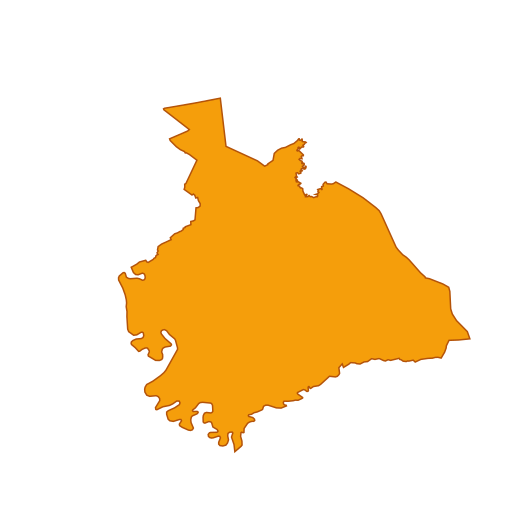 outline of Kamalasai, Kalasin, Thailand, rotated 64°
{"feature_id": "78962969B55465518750669", "entity_name": "Kamalasai", "entity_type": "district", "adm_level": 2, "iso_a3": "THA", "parent_name": "Thailand", "parent_adm1": "Kalasin", "projection": "natural_earth1", "projection_center": [103.585, 16.288], "detail": "fine", "context": "isolated", "style": "filled", "palette": "amber", "viewbox_px": 512, "rotation_deg": 64, "n_neighbors": 0, "source": "geoboundaries", "source_scale": "gbopen_adm2", "svg_char_len": 6162}
<svg xmlns="http://www.w3.org/2000/svg" viewBox="0 0 512 512"><g transform="rotate(64 256 256)"><path d="M422.6,360.8L420.5,352.8L419.8,351.4L416.2,349.8L411.3,348.9L408.2,346.9L408.1,346.0L409.2,345.1L409.3,344.2L405.8,342.3L402.7,336.9L402.4,334.6L402.8,332.2L403.6,330.5L403.3,329.3L402.0,328.9L399.8,329.7L397.0,332.9L396.1,332.9L395.5,332.1L396.3,329.4L396.0,326.5L396.7,323.2L396.9,318.2L396.7,317.3L394.4,315.1L394.3,312.7L395.4,310.5L401.4,304.3L403.7,300.1L404.1,294.4L403.4,294.3L402.3,295.7L401.1,296.1L399.5,295.6L398.8,294.4L400.7,290.7L402.4,285.9L402.8,283.8L404.1,281.4L404.2,277.5L404.1,276.4L403.6,276.1L398.4,279.0L397.4,279.0L396.9,278.5L396.8,272.0L397.9,270.7L399.9,269.8L400.4,268.7L400.0,267.9L397.0,266.8L396.4,266.1L396.6,265.6L398.5,265.4L399.0,265.0L398.5,261.6L400.0,256.6L399.7,254.2L396.3,242.7L399.5,237.6L399.8,235.7L399.0,233.5L398.1,232.3L392.7,230.5L390.8,225.8L394.5,226.2L393.9,219.9L393.3,217.7L395.6,213.7L397.0,212.6L398.7,209.8L398.6,205.3L399.8,202.0L399.0,197.1L401.1,194.4L401.9,191.0L402.5,189.9L405.9,187.2L407.1,185.7L407.1,182.8L408.8,180.8L410.7,172.2L412.0,172.1L412.9,171.0L415.0,169.9L416.7,167.3L416.8,165.8L417.5,164.6L418.5,160.4L421.1,159.4L421.2,153.1L423.4,146.3L425.2,142.1L425.7,139.4L426.8,136.9L428.9,134.3L425.1,128.6L422.0,125.4L420.2,124.3L416.4,119.5L420.3,110.7L424.2,100.1L416.6,99.2L402.0,104.1L394.2,105.0L388.9,104.2L372.8,97.3L368.6,96.5L363.2,100.2L352.4,110.1L349.9,113.4L348.8,113.2L343.2,115.5L326.5,120.1L323.1,121.4L319.2,123.6L313.0,125.5L309.4,126.2L273.1,125.1L269.4,125.4L265.0,127.1L250.5,134.3L236.1,143.4L224.5,151.8L224.9,154.8L224.5,156.5L222.2,160.5L220.2,160.7L219.9,161.6L221.0,164.3L222.6,164.8L222.4,166.6L225.1,167.5L225.0,167.9L223.8,168.0L223.3,171.4L224.3,171.3L225.4,172.2L226.4,171.6L227.1,173.1L226.8,175.4L228.0,173.8L229.1,174.2L229.6,175.1L229.1,175.9L228.8,178.6L226.9,180.0L226.5,181.2L224.9,181.8L225.4,183.4L224.4,185.6L223.8,185.3L223.6,183.9L223.0,183.3L222.6,183.8L222.9,184.9L222.5,185.5L218.3,185.4L215.9,184.5L214.6,185.4L214.4,186.1L213.6,186.4L212.4,186.2L211.2,187.4L210.5,186.6L210.7,184.4L210.3,183.8L207.6,185.6L207.5,186.6L207.0,187.2L205.7,186.9L206.5,186.1L206.1,185.6L202.5,186.5L202.3,186.0L203.2,185.0L203.1,184.3L201.7,184.8L201.0,184.1L199.6,184.0L199.0,183.5L199.4,182.1L200.9,181.6L201.2,179.4L200.8,179.1L199.1,179.2L199.0,178.7L199.8,177.6L199.6,177.1L198.5,177.9L197.5,177.0L197.6,176.4L199.3,174.1L199.1,173.1L197.9,171.9L197.3,171.8L196.9,172.3L198.1,173.4L198.2,174.2L196.3,175.1L195.7,175.0L195.7,174.0L195.0,172.6L193.9,172.2L193.4,172.6L193.5,173.6L193.1,174.2L192.4,174.1L192.1,173.3L191.0,173.1L189.5,174.4L188.0,174.9L187.6,173.7L188.7,172.0L186.3,171.6L186.1,170.9L186.6,169.5L185.9,169.1L180.1,171.2L179.7,172.8L179.1,173.0L178.7,172.7L178.1,171.2L177.1,170.8L176.8,170.2L177.4,169.4L178.9,170.0L178.9,169.2L178.1,167.4L178.8,165.5L178.4,165.1L177.0,165.3L176.8,163.7L176.0,162.4L176.0,161.2L175.3,161.4L173.4,164.2L171.2,163.3L171.0,163.6L171.5,165.1L171.3,165.8L170.6,166.2L169.6,165.8L169.4,166.3L170.4,168.2L171.5,172.6L171.2,175.9L171.3,181.9L170.3,185.7L170.4,190.1L171.8,194.6L177.5,198.8L178.4,205.0L179.0,205.3L179.1,208.8L171.1,213.0L144.3,234.9L98.5,218.9L91.6,244.4L83.1,273.5L83.2,274.6L84.2,274.7L113.1,260.5L113.7,262.6L112.8,282.3L114.6,282.5L122.8,279.7L127.2,277.4L130.8,274.5L132.4,274.4L132.6,273.5L135.5,271.4L144.0,267.1L160.2,287.3L160.2,288.6L162.9,289.8L164.6,291.4L173.1,286.8L172.9,285.1L174.6,284.4L177.5,284.7L177.8,282.8L181.0,283.5L184.5,283.2L186.6,284.3L187.1,286.8L186.4,288.8L196.8,295.0L197.0,296.8L196.4,299.5L199.3,300.8L198.7,306.8L199.3,307.1L199.2,309.3L200.3,309.7L200.9,312.8L200.6,313.6L200.8,316.4L200.4,319.3L202.0,325.0L204.1,325.1L203.9,335.6L204.6,339.8L207.4,341.9L208.6,341.7L209.8,343.6L211.7,343.4L211.6,344.7L212.0,345.9L213.4,347.0L213.3,348.5L214.0,349.9L214.5,355.8L213.5,356.7L211.5,357.0L210.3,363.4L211.1,366.9L211.4,373.1L217.2,373.4L219.9,372.3L221.2,370.2L221.6,365.6L222.9,364.4L224.6,364.3L226.6,364.9L227.8,365.8L228.4,367.1L228.1,368.6L225.4,370.7L223.8,372.7L221.3,379.0L220.2,380.5L218.2,381.8L214.2,381.1L213.0,381.8L212.8,383.0L214.0,387.6L215.3,389.1L217.4,390.0L226.4,389.8L233.6,390.6L238.6,391.8L241.5,392.9L244.7,394.9L249.4,396.3L253.9,398.6L265.5,403.4L268.2,403.6L273.6,400.7L274.6,397.7L274.2,392.6L274.7,391.5L275.6,391.0L278.4,391.8L279.8,393.3L279.9,395.3L278.1,400.1L278.0,403.7L278.6,405.7L279.7,406.5L281.0,406.7L285.5,404.7L290.3,403.3L290.6,402.2L290.0,399.4L290.1,396.1L290.7,394.5L291.3,393.9L294.5,393.5L295.6,394.1L297.4,396.3L298.8,396.6L305.8,392.0L307.6,388.5L307.7,386.1L307.0,384.9L305.6,384.0L303.6,383.1L300.9,382.9L298.6,381.0L298.0,379.6L298.0,377.4L299.5,372.4L298.8,370.9L297.7,370.8L290.2,374.0L284.6,375.2L282.9,375.0L281.7,373.7L281.6,372.2L282.0,370.6L283.9,369.1L288.6,368.2L294.8,365.4L296.4,365.3L304.2,366.8L305.5,367.4L319.1,386.9L320.5,389.9L321.7,394.3L323.3,403.6L323.6,410.6L325.3,413.2L327.0,414.5L329.6,415.5L333.2,415.2L335.5,413.1L337.8,406.9L339.6,405.5L341.8,405.1L343.8,405.9L348.2,412.8L350.0,413.3L350.7,412.5L350.7,405.8L352.4,399.2L352.4,395.6L351.6,390.8L352.8,388.6L354.7,388.7L356.0,390.0L356.8,395.7L356.6,402.7L357.1,404.7L359.1,405.7L364.2,406.5L366.3,405.7L368.4,402.8L369.4,396.4L370.1,395.1L371.5,395.2L373.5,398.6L375.0,399.0L377.7,397.4L382.8,393.1L384.1,391.3L384.3,389.3L383.2,387.7L377.3,387.4L374.7,386.5L372.5,384.8L371.8,383.3L372.0,378.2L371.4,376.7L370.6,376.5L369.9,377.0L368.2,380.7L367.2,380.9L366.6,380.4L365.9,377.0L363.5,372.2L363.3,370.4L364.1,368.1L368.4,361.1L369.8,360.5L371.3,360.6L376.7,362.9L377.3,364.0L377.3,365.4L374.9,369.1L374.7,371.2L376.2,373.2L377.8,374.3L382.0,376.2L383.0,376.0L383.8,375.2L384.1,371.0L385.3,369.3L386.6,369.0L390.8,369.7L394.9,367.0L396.7,366.9L397.2,367.5L397.3,368.4L394.7,374.1L394.5,375.3L395.4,377.2L397.3,377.8L398.9,377.2L400.1,375.8L400.7,374.0L401.4,368.8L402.3,367.6L403.9,367.7L407.1,371.2L408.7,372.0L410.6,371.5L412.2,369.1L412.8,366.0L411.6,363.6L409.2,361.3L405.3,360.3L403.2,359.0L402.8,356.9L403.8,354.6L404.9,354.4L408.0,357.4L415.8,358.4L422.6,360.8Z" fill="#f59e0b" stroke="#b45309" stroke-width="1.5"/></g></svg>